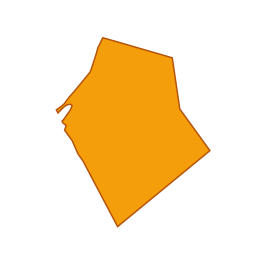 Rois, Palau, rotated 40°
{"feature_id": "81905179B53206837764533", "entity_name": "Rois", "entity_type": "district", "adm_level": 2, "iso_a3": "PLW", "parent_name": "Palau", "parent_adm1": "", "projection": "robinson", "projection_center": [134.13, 6.908], "detail": "fine", "context": "isolated", "style": "filled", "palette": "amber", "viewbox_px": 256, "rotation_deg": 40, "n_neighbors": 0, "source": "geoboundaries", "source_scale": "gbopen_adm2", "svg_char_len": 575}
<svg xmlns="http://www.w3.org/2000/svg" viewBox="0 0 256 256"><g transform="rotate(40 128 128)"><path d="M155.5,80.2L116.8,45.8L50.7,75.0L51.0,76.5L52.6,82.7L53.3,85.8L56.2,92.1L61.0,104.0L62.4,107.5L63.0,109.8L63.1,113.6L63.3,133.8L63.1,141.3L63.2,145.2L63.6,150.3L62.9,154.6L61.9,158.7L61.4,160.1L64.7,161.5L65.2,154.7L65.7,151.5L66.7,149.0L68.9,146.6L70.8,146.8L72.3,151.5L73.1,160.9L73.2,163.9L73.0,164.9L74.4,165.9L79.1,165.9L80.8,170.4L93.7,173.7L106.3,180.0L114.7,182.2L183.4,210.2L205.3,92.7L155.5,80.2Z" fill="#f59e0b" stroke="#b45309" stroke-width="1.5"/></g></svg>